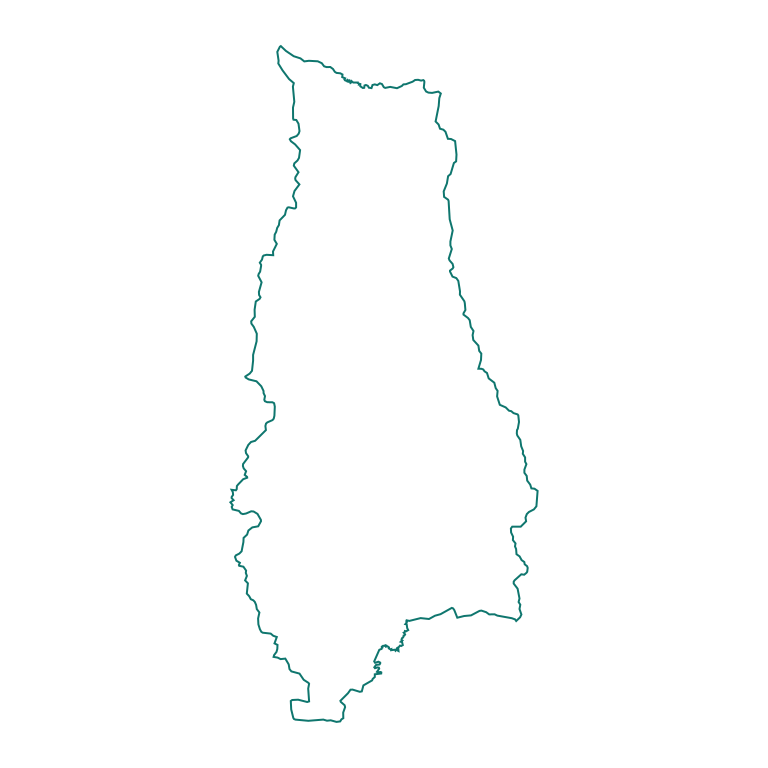 Wang Nuea, Lampang, Thailand (orthographic projection)
{"feature_id": "78962969B31160624426446", "entity_name": "Wang Nuea", "entity_type": "district", "adm_level": 2, "iso_a3": "THA", "parent_name": "Thailand", "parent_adm1": "Lampang", "projection": "orthographic", "projection_center": [99.64, 19.158], "detail": "fine", "context": "isolated", "style": "outline", "palette": "teal", "viewbox_px": 768, "rotation_deg": 0, "n_neighbors": 0, "source": "geoboundaries", "source_scale": "gbopen_adm2", "svg_char_len": 6049}
<svg xmlns="http://www.w3.org/2000/svg" viewBox="0 0 768 768"><path d="M516.2,621.0L520.1,617.3L521.4,614.5L519.5,609.0L520.3,604.7L518.6,602.0L519.5,598.5L517.6,588.7L513.7,583.6L513.7,581.7L514.6,580.3L521.3,574.3L524.2,574.7L526.4,572.9L527.2,571.8L527.7,567.9L527.1,566.2L524.7,564.3L524.3,562.0L521.6,560.1L519.6,556.4L516.5,554.2L516.1,549.0L515.0,546.4L515.5,543.4L512.9,540.1L513.1,536.7L511.1,532.5L510.9,528.5L512.2,526.7L520.7,526.7L526.1,521.3L525.5,517.6L526.8,514.1L528.9,512.0L533.9,509.4L536.4,506.3L537.6,490.9L534.5,488.7L531.4,488.4L530.2,484.6L527.2,480.6L526.7,475.9L524.4,472.8L524.4,469.6L526.4,464.1L525.1,461.7L525.1,457.4L522.8,453.8L523.1,451.0L521.2,446.3L520.3,439.9L517.3,435.5L516.8,433.5L517.0,430.1L517.8,428.7L519.0,422.0L518.3,415.4L517.6,414.4L513.5,413.1L511.3,411.2L509.0,410.7L505.7,407.4L499.8,404.8L497.1,396.4L497.6,390.9L495.7,388.1L494.3,382.7L488.7,378.4L487.0,373.0L484.5,371.3L483.3,369.5L481.5,368.8L478.4,368.7L481.0,360.0L481.3,353.6L479.2,350.9L478.4,345.6L473.3,340.0L472.6,335.1L473.5,331.0L470.8,326.9L469.7,320.2L468.0,318.0L463.5,314.6L463.5,313.3L465.4,310.0L464.8,303.2L464.4,301.3L459.9,294.7L460.0,291.3L458.3,280.9L456.3,278.1L452.5,276.6L450.0,271.5L450.0,270.6L452.7,268.5L453.4,267.2L452.6,263.9L449.6,260.5L448.8,258.5L451.8,249.0L450.4,245.4L450.4,241.5L452.7,230.5L449.7,219.3L448.6,201.0L448.1,199.7L444.1,196.9L443.7,191.4L446.9,183.5L448.1,176.2L450.6,174.0L453.9,163.0L456.1,161.4L456.5,154.7L455.1,141.1L451.0,139.0L447.9,138.8L445.5,131.8L443.4,129.7L440.0,128.7L438.6,124.5L435.6,121.5L438.7,106.0L439.3,98.2L440.8,93.5L438.3,91.6L432.1,92.9L428.4,92.6L426.1,91.5L423.8,87.7L424.4,81.9L424.1,80.7L423.3,80.1L421.1,80.6L418.1,79.8L415.1,80.0L412.6,81.7L405.9,84.2L403.4,84.4L401.8,86.0L397.0,88.2L390.2,86.9L385.2,87.9L383.8,87.2L382.0,84.1L379.9,83.3L377.3,85.1L374.8,84.4L372.5,85.0L371.5,88.1L368.9,87.7L367.8,85.8L365.9,85.0L364.5,85.5L364.2,87.8L362.9,88.0L360.3,86.3L360.3,84.2L359.0,84.5L359.2,83.7L357.8,83.1L357.8,82.5L353.2,82.5L351.4,81.0L351.0,82.6L350.4,83.0L349.2,80.3L348.6,80.4L349.1,81.3L348.4,81.8L347.4,81.5L347.2,80.1L346.2,80.8L345.0,80.3L344.4,79.4L345.1,78.3L342.2,77.1L342.5,74.5L340.3,73.3L336.5,72.9L334.8,71.8L333.0,69.0L330.3,67.0L326.6,67.1L324.1,66.3L321.8,63.2L317.8,61.3L308.9,60.8L304.3,61.4L300.5,58.4L293.7,56.2L285.9,50.9L280.8,46.1L279.9,46.7L277.3,51.9L278.6,60.7L278.3,63.5L282.5,70.3L289.1,79.1L293.8,83.1L292.9,86.6L294.3,101.8L293.0,107.5L293.1,118.5L293.5,119.7L296.3,120.0L298.5,123.7L299.5,131.1L298.7,133.6L296.7,136.0L290.6,138.3L289.8,139.2L290.9,141.2L295.1,144.4L300.1,150.1L299.0,157.9L297.5,160.5L294.3,163.4L293.8,165.7L298.5,172.2L295.4,177.2L295.2,178.8L295.6,180.2L299.4,184.4L294.5,191.0L293.0,196.3L296.1,202.8L296.1,207.3L295.3,208.3L294.1,208.5L288.8,207.3L287.5,207.6L286.0,210.3L285.0,214.8L279.6,220.4L278.9,225.1L277.2,227.9L276.2,231.8L274.7,234.6L274.4,239.8L276.8,243.9L273.0,251.5L273.2,255.2L266.6,254.8L263.7,255.5L262.8,256.4L262.0,259.6L259.8,262.7L261.1,264.8L261.1,266.0L260.1,271.7L258.7,273.9L258.2,275.8L261.6,282.3L258.9,291.9L259.1,295.0L260.5,297.3L259.6,298.9L255.8,301.5L254.6,309.7L254.8,316.8L251.2,321.3L251.4,323.6L253.8,326.9L256.8,333.7L256.6,341.3L253.1,354.9L253.1,360.7L252.0,370.8L249.7,373.6L245.3,376.5L245.6,377.5L248.7,379.4L256.5,381.3L261.3,386.3L263.5,390.9L263.6,393.2L265.0,396.1L264.3,399.8L264.9,401.2L267.2,402.2L272.5,402.3L274.1,403.2L274.8,406.6L274.4,415.8L273.7,418.7L272.5,420.1L267.3,422.4L266.0,423.6L265.4,426.0L265.9,430.1L255.1,440.8L251.0,442.0L248.3,444.9L245.6,450.4L246.0,453.1L248.2,456.3L248.1,457.4L243.1,464.0L242.9,466.0L243.7,468.4L246.1,471.2L244.7,474.9L247.1,476.9L247.2,477.7L243.2,479.2L238.2,484.4L236.9,486.0L236.7,489.2L235.9,490.3L231.6,489.8L232.8,492.0L233.1,494.9L231.7,496.9L231.6,498.0L233.6,500.2L230.4,502.3L232.7,505.1L231.7,506.9L232.6,509.4L238.9,510.9L241.0,513.4L242.9,514.1L246.1,513.5L251.2,511.3L253.6,511.5L257.5,513.9L260.9,519.9L261.0,521.2L258.2,526.3L252.3,527.4L248.4,530.5L247.1,534.6L243.6,537.9L243.4,542.1L241.6,551.3L239.3,553.6L235.8,555.4L235.0,556.9L236.4,560.7L239.9,562.8L238.9,565.0L239.2,565.8L243.4,566.7L246.1,570.6L245.8,572.9L246.9,575.9L245.1,580.4L247.9,583.3L246.8,593.6L249.2,596.2L250.8,599.2L253.3,600.3L254.8,601.9L256.1,604.9L256.8,609.1L259.4,612.5L258.1,618.5L258.4,624.4L259.9,629.2L261.3,631.8L262.7,632.7L270.7,633.6L273.3,635.8L276.8,637.0L274.5,643.4L277.5,644.9L277.3,649.0L276.5,651.9L274.1,655.1L273.6,656.9L277.6,657.6L280.6,659.1L285.3,658.6L288.7,664.4L289.5,669.1L291.4,671.4L299.5,673.6L303.7,679.8L308.5,682.9L309.1,683.8L308.2,688.6L309.1,701.4L307.2,702.0L298.1,699.7L292.2,700.0L290.8,701.0L291.2,709.4L293.3,717.9L294.0,719.0L295.4,719.6L308.3,720.8L323.3,719.6L327.0,720.7L330.7,720.3L336.5,721.9L340.2,721.4L341.4,719.4L343.3,718.2L343.2,712.6L345.1,707.1L344.6,705.2L340.8,701.9L340.4,700.8L348.0,693.2L350.5,689.7L352.6,689.6L359.8,691.8L361.8,691.4L363.4,685.4L372.1,680.4L372.7,678.9L374.8,677.0L374.8,674.3L381.2,673.5L381.3,672.4L380.7,672.0L377.6,672.3L376.9,671.9L379.2,668.7L378.9,667.7L377.6,667.4L375.0,668.2L374.3,667.3L376.1,664.9L379.5,664.5L380.2,663.5L380.2,662.6L378.4,661.7L375.1,662.8L374.2,661.4L379.3,649.8L381.6,648.9L381.7,648.0L382.4,647.6L381.9,646.6L383.1,645.8L384.7,645.9L385.3,645.2L386.2,645.5L386.1,646.6L387.5,646.3L389.0,647.4L388.8,648.4L390.5,649.4L391.3,649.1L391.2,650.2L395.0,649.7L395.5,650.7L396.3,649.8L398.5,651.0L398.3,648.6L397.0,648.4L397.2,647.9L398.7,647.2L400.0,645.6L401.2,646.0L402.8,645.1L402.1,642.2L400.8,641.8L402.4,640.5L401.5,639.8L401.9,638.3L403.2,637.4L403.6,635.6L404.4,635.5L405.1,634.4L403.8,632.7L404.6,632.4L404.9,631.0L406.1,631.3L408.2,630.1L407.2,628.1L406.7,624.3L405.4,624.1L406.9,622.0L406.3,621.1L406.6,620.3L409.4,620.9L420.6,618.1L429.0,619.0L435.0,615.7L440.5,614.2L451.8,607.9L453.1,608.4L454.3,610.1L457.3,617.7L464.2,616.0L471.0,615.4L479.5,610.9L481.4,610.6L486.2,612.2L489.2,614.4L494.6,614.3L497.3,615.6L511.8,618.2L515.1,619.4L516.2,621.0Z" fill="none" stroke="#0f766e" stroke-width="2"/></svg>